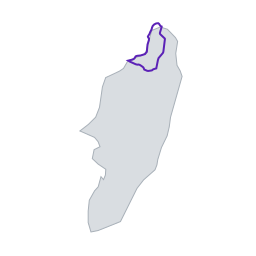 Westmoreland highlighted on a map of Jamaica, rotated 97°
{"feature_id": "JAM-1376", "entity_name": "Westmoreland", "entity_type": "Parish", "adm_level": 1, "iso_a3": "JAM", "parent_name": "Jamaica", "parent_adm1": "", "projection": "natural_earth1", "projection_center": [-78.09, 18.195], "detail": "fine", "context": "in_parent", "style": "outline", "palette": "violet", "viewbox_px": 256, "rotation_deg": 97, "n_neighbors": 0, "source": "natural_earth", "source_scale": "10m", "svg_char_len": 1499}
<svg xmlns="http://www.w3.org/2000/svg" viewBox="0 0 256 256"><g transform="rotate(97 128 128)"><path d="M131.0,88.2L143.2,92.4L155.7,94.6L161.1,94.8L166.2,96.1L177.6,106.2L186.8,111.7L221.8,124.1L233.5,145.4L235.7,152.1L226.7,156.0L215.3,157.4L204.4,157.6L194.4,153.5L190.0,150.4L179.6,148.9L182.2,146.0L177.5,144.7L171.7,145.0L167.5,153.2L162.7,159.7L153.6,159.0L150.0,153.5L145.2,156.0L141.4,160.1L136.8,175.4L129.3,167.8L121.2,161.4L111.0,158.8L90.4,158.4L80.7,156.3L72.6,143.4L69.4,139.7L61.3,136.3L53.2,121.5L50.3,119.5L28.3,116.3L23.8,108.2L25.2,100.9L32.5,91.9L36.0,89.3L48.2,89.7L59.8,87.0L64.9,83.2L70.2,80.6L112.1,87.1L121.8,87.2L131.0,88.2Z" fill="#d9dde1" stroke="#a8b0b8" stroke-width="1"/><path d="M61.1,136.0L59.6,132.0L58.8,130.7L58.0,130.1L57.0,129.5L56.2,129.3L55.6,128.6L55.1,127.2L54.5,124.4L52.6,120.2L50.1,118.6L42.8,118.8L38.3,118.0L36.7,118.0L35.8,118.9L35.0,119.4L34.3,119.2L31.9,118.1L31.6,118.0L30.2,117.7L27.2,116.6L25.5,116.4L23.7,115.9L22.0,114.6L20.8,112.8L20.3,110.8L20.9,109.8L22.4,108.6L23.1,107.6L23.2,107.0L24.1,107.0L29.4,107.9L30.0,107.9L30.5,107.8L31.0,107.4L34.7,102.4L35.3,102.2L47.6,102.2L48.6,102.3L49.4,102.6L54.9,106.2L57.1,106.6L65.4,107.2L66.5,109.8L67.1,110.6L67.3,110.7L67.5,110.9L67.7,111.1L67.9,111.3L68.1,111.9L68.9,114.8L68.9,115.9L68.0,119.0L66.5,119.8L66.1,120.1L65.7,120.6L64.6,122.6L63.9,124.1L63.8,124.8L63.7,125.2L63.8,125.5L63.9,126.1L64.0,126.4L63.8,128.1L61.8,134.5L61.1,136.0Z" fill="none" stroke="#5b21b6" stroke-width="2"/></g></svg>